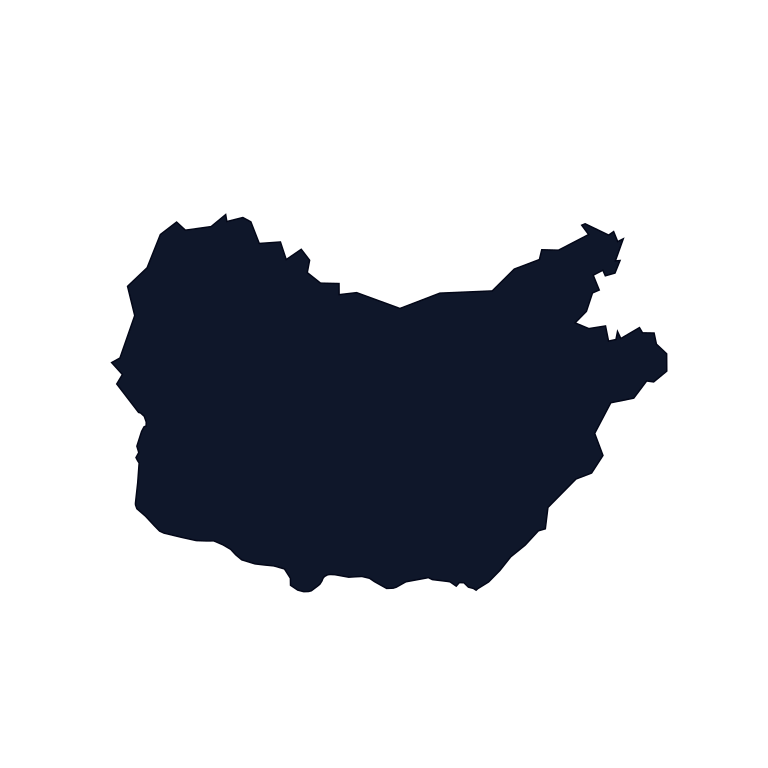 Chucher - Sandevo, Čučer Sandevo, North Macedonia, rotated 249°
{"feature_id": "65306769B58175225548943", "entity_name": "Chucher - Sandevo", "entity_type": "district", "adm_level": 2, "iso_a3": "MKD", "parent_name": "North Macedonia", "parent_adm1": "Čučer Sandevo", "projection": "equal_earth", "projection_center": [21.395, 42.146], "detail": "fine", "context": "isolated", "style": "filled", "palette": "ink", "viewbox_px": 768, "rotation_deg": 249, "n_neighbors": 0, "source": "geoboundaries", "source_scale": "gbopen_adm2", "svg_char_len": 1899}
<svg xmlns="http://www.w3.org/2000/svg" viewBox="0 0 768 768"><g transform="rotate(249 384 384)"><path d="M445.4,144.7L444.3,146.3L439.8,148.6L433.7,148.4L430.1,146.9L430.0,144.6L426.6,140.7L414.5,131.0L407.9,130.5L404.2,126.1L400.7,126.5L398.0,127.1L380.1,118.7L361.7,109.2L360.2,108.7L356.1,108.6L346.2,113.9L333.8,118.9L327.1,121.8L323.6,125.2L313.3,140.2L305.1,152.6L300.8,162.8L298.6,168.8L291.6,176.0L284.6,181.6L277.6,184.4L270.8,188.2L262.3,199.1L257.9,207.5L253.7,215.9L247.0,224.8L236.2,227.0L229.6,224.6L222.5,229.6L218.9,234.6L217.3,239.2L217.0,242.1L219.2,249.8L220.1,252.4L222.4,255.5L224.4,257.3L225.6,259.4L226.1,263.0L225.5,265.4L223.6,269.8L216.3,281.8L214.3,288.2L212.2,294.5L207.8,300.9L203.0,304.2L192.2,313.2L190.1,319.4L189.9,322.6L191.5,333.5L187.7,353.9L187.4,356.0L184.1,359.0L176.9,372.6L175.6,374.8L169.4,379.0L171.6,383.1L169.8,387.4L164.1,390.0L161.1,394.2L158.5,396.1L159.3,398.1L161.7,410.7L168.4,425.4L177.2,440.3L183.0,458.1L191.6,475.5L191.0,482.7L210.0,492.8L226.5,529.2L226.5,545.9L238.8,562.8L262.4,563.0L285.2,589.0L281.3,612.1L292.7,630.3L289.3,636.5L294.7,652.6L310.9,658.7L323.6,652.6L334.8,654.4L339.1,643.7L345.1,642.7L341.6,621.4L349.3,620.8L342.4,616.5L343.6,609.0L358.8,611.6L362.3,595.1L372.6,584.3L379.3,599.0L394.3,611.3L394.6,618.6L410.6,618.3L411.8,629.1L405.7,629.4L404.8,639.4L414.7,648.6L416.0,644.1L433.8,659.4L433.2,653.2L444.0,653.0L442.5,647.1L461.5,629.2L461.4,625.5L450.2,628.6L446.4,594.8L452.8,579.4L444.5,573.7L444.6,546.8L432.1,518.4L448.8,468.7L448.8,425.9L479.1,391.2L483.5,374.1L493.9,378.0L500.9,360.9L515.5,352.3L526.2,358.9L539.4,355.0L535.2,337.3L553.7,338.2L559.9,317.9L583.1,317.8L590.0,311.9L592.0,295.5L598.9,296.9L592.9,279.0L598.8,253.7L609.5,248.4L603.7,228.8L577.4,204.5L567.1,179.6L537.2,175.8L502.9,146.8L501.6,137.4L486.6,143.2L479.8,134.5L445.4,144.7Z" fill="#0f172a" stroke="#020617" stroke-width="1.5"/></g></svg>